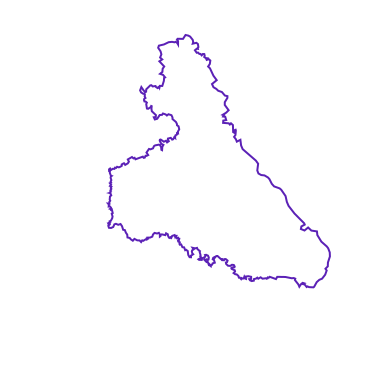 Sirajganj, Rajshahi, Bangladesh (Natural Earth projection), rotated 330°
{"feature_id": "16705992B55394931042500", "entity_name": "Sirajganj", "entity_type": "district", "adm_level": 2, "iso_a3": "BGD", "parent_name": "Bangladesh", "parent_adm1": "Rajshahi", "projection": "natural_earth1", "projection_center": [89.578, 24.399], "detail": "fine", "context": "isolated", "style": "outline", "palette": "violet", "viewbox_px": 384, "rotation_deg": 330, "n_neighbors": 0, "source": "geoboundaries", "source_scale": "gbopen_adm2", "svg_char_len": 6072}
<svg xmlns="http://www.w3.org/2000/svg" viewBox="0 0 384 384"><g transform="rotate(330 192 192)"><path d="M130.8,132.2L131.6,132.5L130.4,134.3L129.9,137.3L130.4,137.9L129.5,138.0L128.6,139.0L128.1,141.4L126.8,142.2L126.7,143.4L125.3,143.3L125.6,145.2L124.0,145.8L124.9,147.1L123.6,147.9L123.7,149.0L122.2,149.7L122.3,150.6L121.5,150.8L121.1,151.8L120.1,151.6L120.6,152.1L120.4,154.5L118.7,154.9L116.9,157.5L116.8,158.7L115.4,159.3L114.7,160.8L113.5,160.0L113.7,161.3L112.6,162.9L113.6,163.2L114.0,165.0L113.9,165.6L112.7,165.7L113.4,166.5L112.1,166.8L113.8,167.2L112.8,170.6L111.6,170.7L111.0,173.4L109.8,174.8L107.4,176.3L106.1,176.2L106.1,177.1L104.9,177.1L104.9,178.7L104.3,179.0L103.6,178.0L103.4,179.1L102.6,179.4L102.2,181.5L104.0,182.7L106.3,182.9L108.6,181.2L110.2,181.5L111.7,183.5L114.1,184.0L114.3,186.6L113.5,190.3L114.8,191.4L114.4,194.2L114.6,196.5L113.4,199.1L115.1,200.7L115.3,202.3L116.4,204.6L118.7,203.8L120.4,206.5L122.4,207.7L122.9,209.9L124.7,209.0L125.4,209.9L128.7,209.8L129.0,210.6L129.8,210.4L129.9,209.8L130.5,210.2L130.7,209.3L132.9,210.5L135.3,210.8L137.0,209.3L139.1,208.7L141.0,210.5L142.9,210.8L143.0,212.5L141.9,214.5L142.7,214.4L143.4,213.4L144.7,213.6L147.3,216.0L148.9,214.8L149.9,216.6L149.4,217.4L149.2,220.0L149.8,220.8L150.7,220.4L151.1,221.4L152.9,220.1L155.4,220.6L155.0,222.4L155.9,221.8L156.6,222.2L155.7,223.0L155.8,224.5L157.1,224.7L157.0,225.6L157.6,226.1L156.3,227.5L155.6,227.1L155.3,228.0L156.3,229.5L155.2,230.6L155.1,231.5L156.4,232.0L156.1,235.0L157.5,236.0L157.0,239.0L158.0,239.1L158.8,241.0L157.3,244.6L157.3,247.2L158.5,248.0L159.3,246.6L161.9,246.5L161.6,245.2L162.2,243.3L163.0,242.6L164.7,242.5L164.6,240.6L166.6,242.4L168.4,242.9L168.2,244.3L169.3,247.2L168.7,247.6L167.8,251.1L167.0,251.7L167.3,253.4L163.9,253.5L164.2,254.3L166.5,255.7L167.5,254.6L170.9,254.7L171.7,254.1L171.8,253.1L172.8,253.4L174.0,255.1L173.8,257.1L172.5,258.8L171.6,258.8L171.2,257.7L169.6,258.0L169.4,256.7L168.8,256.8L169.6,260.0L170.7,260.4L170.2,263.2L171.0,263.0L171.2,264.4L170.8,264.7L171.2,265.7L172.0,264.7L173.1,265.0L174.2,264.1L176.4,264.6L177.0,262.0L176.3,260.6L177.5,259.6L178.6,259.6L178.4,260.5L181.0,259.6L182.1,260.2L183.4,264.3L184.5,265.1L183.8,265.4L183.9,266.0L185.6,267.1L186.9,266.5L187.7,267.0L188.5,269.2L187.3,270.2L186.1,270.0L185.6,271.4L186.3,273.8L188.1,275.1L190.2,275.0L191.7,276.1L191.7,277.9L191.1,278.4L189.1,277.4L188.0,277.6L187.9,278.4L189.9,281.2L189.5,282.4L187.5,283.0L188.3,284.8L189.5,285.7L190.2,287.8L189.8,289.6L190.6,290.0L191.0,292.0L192.0,291.4L192.6,292.4L193.6,292.7L195.0,291.5L194.9,293.7L195.3,294.2L196.3,292.1L198.7,293.1L200.8,295.0L199.8,296.8L198.0,296.1L198.1,297.5L199.2,299.0L201.2,299.7L202.2,298.4L204.1,299.0L205.7,298.8L206.0,300.2L208.8,300.2L209.7,302.3L213.2,303.8L213.3,304.4L214.4,304.6L215.0,303.9L215.9,304.6L216.9,304.3L221.2,309.4L223.4,308.1L230.4,312.3L235.3,316.6L237.1,317.4L238.1,318.7L237.1,319.7L237.9,325.2L237.6,327.7L240.4,326.3L242.4,326.0L243.5,327.2L242.0,327.2L243.3,328.4L243.8,331.6L244.8,331.5L245.8,332.9L249.5,335.3L250.5,335.1L255.0,332.4L258.4,331.7L261.3,332.1L266.0,330.2L269.4,327.3L269.2,325.2L272.4,324.3L274.5,321.0L279.2,316.8L281.1,313.2L281.8,308.8L281.5,306.5L279.2,299.7L279.0,292.0L280.5,288.6L276.1,285.1L274.8,280.8L270.2,281.6L267.8,278.5L269.5,276.5L273.3,276.6L273.5,275.2L270.0,261.9L268.7,252.3L269.2,248.0L271.0,242.3L270.4,234.7L269.7,232.7L265.9,228.2L265.2,224.8L265.5,219.6L265.1,217.5L263.1,213.9L260.4,211.9L258.8,209.2L259.3,206.0L263.4,200.6L263.0,196.7L257.3,180.2L257.8,176.2L260.0,171.0L256.0,170.8L256.4,168.3L256.0,165.3L258.1,164.4L260.7,160.7L260.9,159.9L260.2,159.8L258.1,161.6L257.6,160.7L260.9,154.5L260.1,152.0L258.5,152.5L258.2,150.9L253.5,147.7L254.8,145.8L257.6,146.8L258.4,143.4L256.7,142.2L258.0,141.4L257.2,140.5L261.2,140.4L264.6,139.5L263.9,133.0L265.3,130.6L269.7,128.2L270.6,126.7L268.7,124.9L267.9,120.4L265.3,117.4L264.6,114.9L263.0,112.0L263.3,108.5L269.3,107.5L268.7,102.0L269.4,93.9L268.7,91.4L271.5,90.0L273.6,87.3L272.9,85.3L270.8,85.0L270.9,83.6L271.7,83.5L270.8,82.8L270.1,81.2L271.1,80.4L271.6,78.7L270.4,77.9L268.7,78.5L268.4,76.7L267.4,76.1L266.9,74.2L265.7,73.8L265.4,70.7L267.8,70.3L268.7,71.0L269.0,70.1L270.0,69.7L271.1,66.8L270.4,65.0L266.8,63.9L268.0,62.8L268.7,60.6L268.1,56.5L267.0,54.7L264.9,52.8L260.8,54.9L256.1,52.1L255.1,52.6L255.4,54.3L253.7,57.2L253.7,55.5L253.0,53.8L251.7,53.6L249.8,52.0L246.7,50.6L241.5,50.2L236.5,48.7L234.8,50.2L235.1,54.5L234.3,57.5L231.6,59.6L232.5,62.3L229.1,62.5L230.7,69.4L228.2,70.6L226.4,73.2L223.4,73.7L225.5,76.1L226.0,79.3L224.9,79.2L223.2,81.7L219.3,85.3L217.2,84.0L216.1,85.2L216.2,84.5L215.6,84.6L215.5,85.9L215.2,84.4L214.1,84.7L213.3,83.0L213.4,82.0L210.7,80.9L210.2,79.2L209.2,78.8L203.7,80.2L202.4,82.2L201.8,82.2L200.9,80.2L200.6,75.8L197.9,78.0L197.7,80.3L198.9,82.6L200.0,82.8L200.0,83.9L198.8,85.6L198.7,87.3L197.3,87.4L196.4,88.3L196.1,89.8L197.0,90.4L197.6,92.0L196.3,93.0L194.7,97.2L195.6,98.0L198.8,97.8L199.7,97.1L200.0,97.5L198.4,99.8L197.6,102.0L199.2,107.4L198.1,108.9L196.3,108.2L196.1,110.6L198.5,111.2L202.5,109.2L204.7,110.2L206.1,109.5L208.0,111.7L208.5,113.2L210.5,112.9L212.6,115.2L212.4,117.6L211.6,119.1L213.1,123.3L213.0,125.4L212.4,126.7L213.2,128.4L212.3,131.3L209.9,132.7L209.2,134.3L208.4,133.6L207.7,134.7L205.9,134.7L205.1,135.8L204.6,135.6L204.3,136.7L203.9,135.9L202.0,136.9L201.0,136.7L200.7,134.5L197.9,133.7L197.2,134.9L197.3,136.4L195.2,136.6L195.1,134.6L192.8,134.4L191.1,130.9L190.3,130.7L189.7,131.4L189.5,133.8L189.7,135.2L190.8,136.9L188.9,138.0L187.0,140.8L186.6,140.2L187.7,137.7L187.7,135.2L186.9,134.4L183.4,133.2L181.9,133.3L180.1,134.7L177.4,134.3L176.3,133.2L172.3,135.1L172.5,138.1L170.7,138.0L169.9,137.4L168.2,138.6L167.2,138.2L167.1,136.8L159.4,135.4L159.4,133.7L158.1,133.6L157.5,131.7L152.7,131.7L152.5,134.2L150.7,135.1L147.7,135.1L147.6,133.2L147.2,133.0L144.9,133.0L144.3,134.2L142.7,134.3L141.0,134.1L139.7,132.7L138.3,133.2L137.5,132.4L136.4,133.2L135.0,132.3L132.8,132.4L132.8,130.7L131.5,130.9L130.8,132.2Z" fill="none" stroke="#5b21b6" stroke-width="2"/></g></svg>